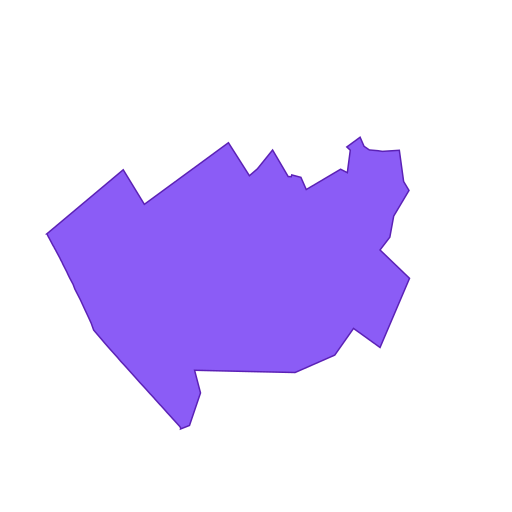 the district of Uchkuduk, Navoi, Uzbekistan, rotated 239°
{"feature_id": "79887680B40306907655933", "entity_name": "Uchkuduk", "entity_type": "district", "adm_level": 2, "iso_a3": "UZB", "parent_name": "Uzbekistan", "parent_adm1": "Navoi", "projection": "mercator", "projection_center": [63.246, 42.277], "detail": "fine", "context": "isolated", "style": "filled", "palette": "violet", "viewbox_px": 512, "rotation_deg": 239, "n_neighbors": 0, "source": "geoboundaries", "source_scale": "gbopen_adm2", "svg_char_len": 1259}
<svg xmlns="http://www.w3.org/2000/svg" viewBox="0 0 512 512"><g transform="rotate(239 256 256)"><path d="M272.8,433.3L280.6,418.2L283.5,414.7L288.5,407.8L294.4,405.1L304.2,406.4L302.7,390.0L298.1,391.3L280.4,377.2L286.8,373.2L287.1,333.3L300.3,335.0L307.1,328.4L305.8,327.1L307.5,324.5L338.3,324.8L330.0,302.1L328.2,291.7L367.3,290.7L357.8,186.9L398.3,186.6L382.7,87.9L382.4,88.2L379.3,87.9L378.0,87.9L369.1,87.4L368.1,87.5L366.5,87.3L364.6,87.3L363.8,87.3L363.5,87.2L363.1,87.2L354.7,86.8L353.2,86.6L350.3,86.5L349.1,86.3L348.0,86.2L339.2,85.6L337.9,85.4L333.5,85.0L325.8,84.6L321.0,83.7L308.9,82.9L297.1,81.6L295.0,81.4L289.2,80.8L283.1,80.1L276.7,78.8L276.0,78.7L275.1,78.9L274.8,78.9L263.5,80.8L259.7,81.4L250.8,83.0L248.8,83.4L240.1,85.1L238.6,85.3L234.5,86.0L230.9,86.8L221.6,88.6L215.4,89.8L206.8,91.4L203.1,92.2L201.2,92.6L192.3,94.3L191.1,94.6L186.7,95.5L185.2,95.7L184.8,95.8L178.1,97.1L176.5,97.5L173.4,98.1L167.4,99.2L163.6,100.0L158.9,100.9L149.0,102.9L148.9,102.9L147.3,102.8L146.6,102.2L145.0,111.7L167.2,137.9L189.7,144.5L160.6,190.5L136.0,229.5L130.5,272.5L142.2,298.9L143.7,302.3L113.7,315.2L157.8,376.1L197.3,365.4L203.2,380.4L219.3,394.6L233.4,420.9L243.8,420.9L272.8,433.3Z" fill="#8b5cf6" stroke="#5b21b6" stroke-width="1.5"/></g></svg>